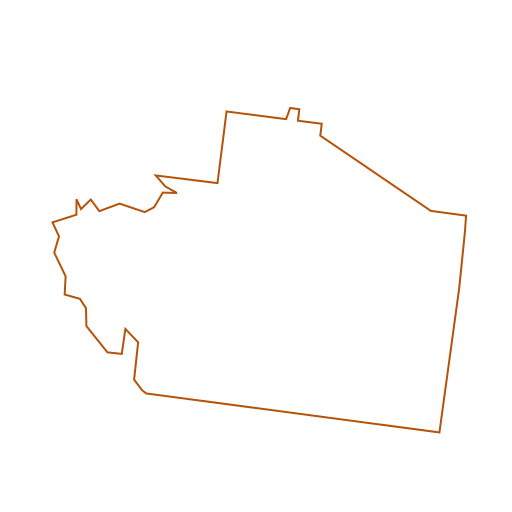 outline of Macon, Alabama, United States of America, rotated 8°
{"feature_id": "52423323B34144827866245", "entity_name": "Macon", "entity_type": "district", "adm_level": 2, "iso_a3": "USA", "parent_name": "United States of America", "parent_adm1": "Alabama", "projection": "robinson", "projection_center": [-85.83, 32.414], "detail": "fine", "context": "isolated", "style": "outline", "palette": "amber", "viewbox_px": 512, "rotation_deg": 8, "n_neighbors": 0, "source": "geoboundaries", "source_scale": "gbopen_adm2", "svg_char_len": 655}
<svg xmlns="http://www.w3.org/2000/svg" viewBox="0 0 512 512"><g transform="rotate(8 256 256)"><path d="M145.5,190.2L156.6,199.8L168.9,204.6L154.9,206.2L148.3,221.9L139.7,228.0L113.6,223.1L94.6,233.4L84.5,223.1L76.2,233.9L70.4,224.8L72.4,240.1L49.8,251.0L58.2,264.0L55.7,280.7L70.3,302.6L71.9,320.8L87.5,322.9L94.9,331.3L97.8,349.0L122.3,372.1L136.7,371.6L136.8,346.4L151.3,357.9L152.5,395.4L162.0,404.9L166.4,407.4L462.2,405.2L461.7,259.4L459.5,202.2L458.4,186.8L422.9,187.0L302.9,127.9L302.7,115.9L278.7,116.2L278.5,104.6L269.2,104.7L266.8,116.3L206.7,117.0L207.0,135.5L207.7,189.2L145.5,190.2Z" fill="none" stroke="#b45309" stroke-width="2"/></g></svg>